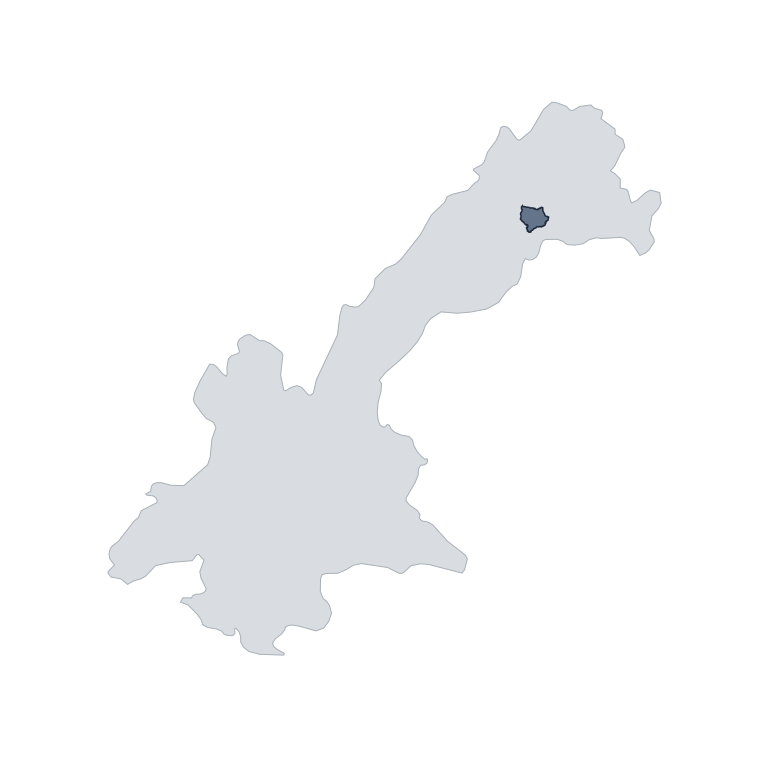 Vapy, Saravan, Laos (highlighted), rotated 261°
{"feature_id": "54806243B822466577686", "entity_name": "Vapy", "entity_type": "district", "adm_level": 2, "iso_a3": "LAO", "parent_name": "Laos", "parent_adm1": "Saravan", "projection": "mercator", "projection_center": [105.952, 15.765], "detail": "fine", "context": "in_parent", "style": "filled", "palette": "slate", "viewbox_px": 768, "rotation_deg": 261, "n_neighbors": 0, "source": "geoboundaries", "source_scale": "gbopen_adm2", "svg_char_len": 7697}
<svg xmlns="http://www.w3.org/2000/svg" viewBox="0 0 768 768"><g transform="rotate(261 384 384)"><path d="M266.5,90.2L270.2,97.1L287.6,115.6L290.6,120.6L296.9,124.5L302.3,140.9L304.5,141.9L307.4,140.8L309.6,138.5L311.4,132.2L312.6,131.5L314.5,136.7L319.4,138.3L321.5,140.5L322.1,144.5L321.4,148.6L317.3,157.9L314.9,170.4L331.9,197.2L339.0,200.9L355.9,205.2L367.3,211.2L372.7,209.7L377.7,203.1L383.9,199.4L395.2,193.7L398.5,193.4L404.8,195.6L415.1,202.3L430.8,214.8L430.2,218.1L427.4,221.3L419.0,226.3L416.4,229.4L418.0,230.6L424.9,231.4L433.1,234.2L435.7,237.5L437.0,244.9L438.5,246.3L446.1,245.4L448.5,246.5L451.2,248.8L453.9,255.0L453.8,259.6L446.3,267.7L445.4,272.5L441.5,278.3L431.1,288.0L428.3,288.6L409.1,283.3L393.9,284.0L392.7,286.0L395.2,291.9L396.0,297.7L393.6,302.1L384.8,307.8L384.5,310.3L386.3,312.8L399.0,318.0L439.7,345.7L458.2,351.0L466.3,354.5L468.4,356.5L468.4,358.9L466.2,362.0L464.5,367.4L464.4,370.7L466.3,373.8L469.6,378.5L480.9,389.0L489.3,391.5L498.0,403.5L500.6,414.0L504.9,420.8L525.9,443.4L543.6,457.3L554.0,472.3L559.1,475.7L560.7,481.1L562.1,496.9L568.2,504.8L569.4,508.0L572.1,510.3L575.0,510.7L581.2,505.6L582.5,506.3L585.2,514.7L587.8,517.7L597.1,522.8L607.0,532.8L612.2,536.4L618.9,539.3L619.9,542.4L618.6,545.6L616.5,547.7L605.0,553.5L603.5,556.0L611.1,568.8L630.2,584.5L636.1,594.0L634.8,598.5L629.6,607.7L625.6,610.2L624.5,613.1L627.5,620.6L627.2,632.1L623.5,634.9L620.2,641.9L617.8,642.4L612.0,639.9L599.7,652.0L594.4,651.4L588.3,658.2L580.4,659.1L574.9,654.0L563.2,645.9L559.1,640.9L555.4,645.2L549.3,649.4L540.6,647.9L538.3,654.0L536.6,655.1L526.1,656.1L524.1,657.1L525.8,662.6L532.0,672.0L533.9,677.4L530.0,686.2L519.1,686.0L514.3,682.4L508.1,674.9L494.2,670.0L484.9,673.4L482.1,673.2L475.1,666.9L472.5,662.9L470.9,656.9L481.5,652.0L486.9,648.2L490.5,644.2L491.9,640.0L493.6,622.5L495.2,616.4L494.3,608.8L491.4,602.8L491.4,593.9L493.0,586.7L497.0,583.0L499.8,577.8L501.5,566.1L500.3,563.1L496.3,560.3L489.5,557.5L485.3,554.1L483.6,549.9L483.8,546.3L485.8,543.1L480.8,539.6L468.6,535.8L461.8,531.1L460.4,525.7L455.3,518.6L446.6,509.8L442.0,497.1L441.5,480.6L442.5,467.1L446.3,451.5L441.2,440.2L435.6,434.2L427.8,429.8L420.4,423.5L413.3,415.3L404.9,403.2L395.0,387.1L388.4,379.9L385.0,381.6L377.9,380.1L367.0,375.4L357.5,372.9L349.4,372.6L344.2,373.6L341.7,376.1L341.5,378.5L343.6,380.9L342.5,382.8L338.2,384.1L334.8,386.8L331.0,392.7L328.3,400.4L324.3,403.3L318.1,404.0L312.0,406.2L306.0,410.0L303.1,412.8L303.5,414.7L302.2,415.2L299.2,414.1L297.9,411.5L298.0,407.5L294.9,404.8L288.7,403.5L281.5,399.1L267.9,388.0L264.8,387.6L260.3,390.4L254.5,396.6L249.7,399.1L245.9,397.8L242.9,400.0L240.9,405.7L237.1,410.2L218.8,422.1L202.3,437.6L198.1,438.9L188.1,434.6L185.0,431.6L198.7,400.0L200.7,392.3L200.3,382.2L194.5,373.7L194.2,371.3L195.1,368.6L202.2,358.8L210.2,333.5L209.8,325.6L206.3,316.9L204.3,308.6L205.9,297.4L205.3,293.0L201.4,290.8L188.9,288.6L181.6,290.4L178.2,293.4L174.0,295.4L166.0,296.4L158.6,292.6L152.3,286.2L150.8,278.2L158.6,261.1L160.5,254.6L160.3,251.5L159.0,248.2L157.1,247.8L153.1,243.7L149.2,236.6L145.5,233.4L142.0,234.0L138.8,236.7L133.6,243.4L131.9,242.5L136.5,218.9L140.9,208.8L146.0,204.1L151.5,202.1L157.2,202.9L162.0,202.0L165.9,199.5L165.5,198.1L161.0,197.8L159.1,195.1L160.1,190.0L162.1,186.7L165.3,185.2L168.3,180.1L171.2,171.5L174.8,167.1L179.0,166.9L186.3,163.2L196.5,155.8L200.4,148.7L204.3,152.0L202.8,160.2L204.8,162.0L205.8,164.9L205.3,169.5L206.1,173.4L207.7,175.3L209.9,176.3L220.8,172.9L227.4,172.7L238.2,178.7L244.6,174.2L244.7,172.6L239.5,166.9L241.1,146.0L240.4,130.1L231.4,118.3L229.6,113.6L228.7,105.9L226.2,99.3L232.6,93.9L236.0,84.2L240.5,81.8L241.9,82.2L247.4,89.5L254.3,85.8L259.6,85.9L264.1,87.8L266.5,90.2Z" fill="#d9dde1" stroke="#a8b0b8" stroke-width="1"/><path d="M523.2,572.6L523.3,572.4L523.6,572.1L523.8,571.9L523.9,571.5L524.1,571.2L524.1,570.6L524.1,570.4L524.3,570.3L524.5,570.0L524.7,569.7L525.1,569.4L525.4,569.4L525.8,569.3L526.3,569.3L528.0,568.7L529.6,568.2L530.1,568.1L530.4,568.0L530.6,568.0L530.8,568.0L531.1,568.1L531.6,568.2L532.5,568.3L533.1,568.3L533.1,568.2L533.3,568.2L533.3,567.9L533.5,567.8L533.5,567.7L533.7,567.4L533.8,567.3L533.8,567.0L533.9,566.9L533.8,566.7L533.6,566.6L533.4,566.4L533.3,566.2L533.5,566.2L533.4,565.9L533.4,565.7L533.4,565.4L533.2,565.2L533.1,564.9L533.0,564.6L533.0,564.4L532.9,564.4L532.7,564.2L532.8,563.9L532.8,563.7L532.6,563.6L532.6,563.4L532.4,563.4L532.4,563.2L532.2,563.1L532.2,562.9L532.3,562.2L532.5,561.7L532.7,561.4L532.9,561.3L533.0,561.3L533.2,561.1L533.3,560.9L533.3,560.5L533.3,560.4L533.6,560.3L533.8,560.3L533.8,560.2L533.7,560.2L533.8,560.0L533.9,559.9L534.0,559.7L533.9,559.7L534.0,559.6L533.9,559.3L534.1,559.2L534.5,558.9L534.7,558.1L534.7,557.9L534.8,557.3L534.9,557.0L534.9,556.8L534.8,556.3L535.4,555.5L535.5,555.4L535.6,554.8L536.0,554.0L536.1,553.9L536.2,553.7L536.2,553.4L536.2,552.9L536.2,552.6L536.3,552.4L536.4,552.2L537.1,550.9L537.2,550.6L537.3,550.3L537.2,549.7L537.4,549.2L537.8,548.9L538.5,548.7L537.2,547.4L536.6,547.4L535.9,547.2L535.5,547.3L535.3,547.3L535.0,547.5L534.7,547.7L533.8,547.5L533.4,547.4L533.2,547.3L533.0,547.1L532.5,546.8L532.1,546.4L531.7,545.6L531.7,545.8L530.9,545.6L530.6,545.5L530.3,545.4L529.9,545.5L529.5,545.6L529.2,545.7L528.8,545.7L528.6,545.7L527.8,545.5L527.5,545.4L527.1,545.4L526.7,545.2L526.3,544.9L526.0,544.6L525.5,544.6L525.1,544.7L524.8,545.0L524.7,545.1L524.3,545.3L524.2,545.4L523.9,545.5L523.6,545.8L523.3,545.8L522.9,545.9L522.8,546.0L522.7,546.1L522.7,546.3L522.8,546.3L522.7,546.4L522.6,546.6L522.3,546.9L522.3,547.0L522.2,547.3L521.9,547.5L521.6,547.6L521.4,547.6L521.0,547.7L520.7,547.8L520.3,548.0L520.1,548.1L519.9,548.3L519.5,548.8L519.3,548.9L519.0,549.0L519.1,549.3L518.9,549.8L518.9,550.0L518.9,550.3L519.1,550.4L519.1,550.5L518.9,550.6L518.7,550.7L518.5,550.8L518.4,550.8L518.4,550.6L518.4,550.3L518.1,550.4L518.0,550.5L517.8,550.1L517.7,550.1L517.5,550.4L517.5,550.6L517.4,550.7L517.1,550.7L516.9,550.6L516.7,550.6L516.3,550.4L516.2,550.3L516.3,549.9L516.3,549.4L516.1,549.2L515.9,549.1L515.6,549.3L515.4,549.4L515.3,549.5L515.1,549.4L514.9,549.5L514.8,549.4L514.7,549.5L514.4,549.7L514.1,549.6L513.7,549.8L513.6,549.7L513.3,549.7L512.8,549.6L512.8,550.0L512.7,550.2L512.3,550.3L512.2,550.3L512.1,550.2L512.0,550.3L511.8,550.6L511.6,550.7L511.3,550.9L511.2,551.1L511.3,551.4L511.2,551.4L511.1,551.6L511.2,551.9L511.3,552.0L511.2,552.1L511.1,552.3L511.1,552.5L511.1,552.8L511.3,553.0L511.5,553.1L511.8,553.0L512.2,553.2L512.4,553.3L512.5,553.5L512.7,554.3L512.8,554.5L512.7,554.8L512.8,554.9L512.9,555.0L513.0,555.1L513.0,555.3L513.3,555.5L513.5,555.8L513.9,556.0L514.0,556.2L514.1,556.3L514.0,556.6L514.1,556.8L514.2,557.0L514.2,557.3L514.2,557.5L514.3,558.1L514.3,558.3L514.5,558.5L515.0,558.9L515.1,559.1L515.3,559.4L515.4,559.7L515.4,559.8L515.3,560.1L515.2,560.3L515.2,560.6L515.0,561.1L515.0,561.3L515.0,562.1L515.2,562.7L515.2,563.0L515.0,563.3L514.6,563.6L514.5,563.8L514.5,564.0L514.7,564.4L515.0,564.7L515.0,564.8L515.0,565.0L514.9,565.2L514.8,565.4L514.8,565.6L515.0,565.8L515.3,565.9L515.3,566.0L515.4,566.3L515.6,566.5L515.4,566.8L515.4,567.0L515.4,567.3L515.5,567.5L515.8,567.7L516.0,568.0L516.4,568.1L516.6,568.2L517.2,568.4L517.2,568.5L517.3,568.5L517.2,568.6L517.3,568.5L517.5,568.7L517.6,568.8L517.8,568.9L517.8,569.0L518.0,569.0L518.4,569.2L518.5,569.2L518.8,569.2L518.7,569.4L518.7,569.5L518.8,569.6L518.9,569.8L519.0,569.8L519.3,569.8L519.5,569.8L519.6,570.1L519.8,570.3L519.8,570.6L519.8,570.8L519.8,571.0L519.9,571.3L520.1,571.6L520.5,571.7L520.8,571.7L521.0,571.8L521.2,572.0L521.4,571.9L521.6,572.0L522.0,572.1L522.3,572.1L522.4,572.3L522.5,572.2L522.6,572.3L522.9,572.5L523.2,572.6Z" fill="#64748b" stroke="#1e293b" stroke-width="1.5"/></g></svg>